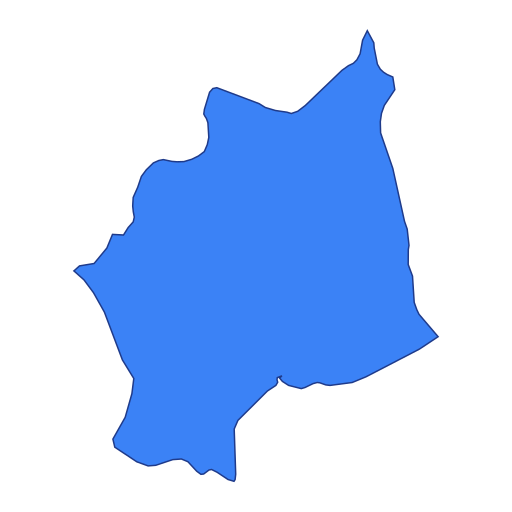 SVG path tracing the border of Coclé
{"feature_id": "PAN-1336", "entity_name": "Coclé", "entity_type": "Province", "adm_level": 1, "iso_a3": "PAN", "parent_name": "Panama", "parent_adm1": "", "projection": "orthographic", "projection_center": [-80.432, 8.569], "detail": "fine", "context": "isolated", "style": "filled", "palette": "blue", "viewbox_px": 512, "rotation_deg": 0, "n_neighbors": 0, "source": "natural_earth", "source_scale": "10m", "svg_char_len": 1537}
<svg xmlns="http://www.w3.org/2000/svg" viewBox="0 0 512 512"><path d="M438.1,336.7L419.4,349.1L398.4,360.0L366.0,376.8L352.2,382.5L330.0,385.4L325.8,384.9L319.8,382.8L317.2,382.5L313.1,383.6L305.0,387.5L301.3,388.6L288.6,385.4L282.4,381.4L279.6,378.1L281.9,375.8L277.3,377.6L277.0,379.7L277.7,382.2L275.9,385.4L267.4,391.0L237.9,420.4L234.2,429.0L235.7,474.2L235.1,479.6L234.0,481.3L228.0,479.5L217.2,472.3L211.6,469.5L209.0,470.0L203.7,474.0L200.9,474.3L196.7,471.2L187.9,461.7L181.4,459.0L172.8,459.6L155.7,465.3L148.1,465.9L136.8,461.8L114.8,447.2L112.9,439.1L125.2,417.3L131.9,393.7L133.8,378.5L122.4,359.9L104.4,312.1L93.5,292.7L84.0,279.9L73.9,270.9L79.5,265.9L94.1,263.5L106.9,248.0L112.5,234.4L123.5,235.0L128.2,227.5L133.2,221.9L134.3,217.1L133.3,211.8L132.7,206.0L133.2,197.4L137.7,187.3L141.4,176.4L146.3,169.8L153.4,162.9L158.8,160.5L163.3,159.6L171.9,161.4L177.1,161.8L183.9,161.6L191.7,159.3L198.4,156.0L204.3,151.6L207.3,144.6L208.8,137.4L207.9,122.7L206.4,118.5L204.8,116.0L203.8,114.0L204.4,109.4L209.6,92.2L212.9,88.5L216.8,87.7L259.2,103.7L265.3,107.5L275.4,110.5L287.0,112.2L291.3,113.5L297.7,111.3L305.3,105.5L342.0,70.3L348.4,65.7L353.4,63.3L356.9,59.8L360.1,53.8L362.6,40.2L367.3,30.7L373.8,42.8L374.2,48.0L377.4,64.2L380.3,69.2L383.5,72.2L387.1,74.5L392.8,77.0L394.8,89.7L384.3,105.4L381.5,113.3L380.3,121.7L380.6,132.9L392.8,168.4L404.5,221.3L407.2,229.1L409.0,245.4L408.3,249.5L408.2,264.5L412.5,276.1L414.2,302.4L416.8,309.7L419.0,314.3L438.1,336.7Z" fill="#3b82f6" stroke="#1e3a8a" stroke-width="1.5"/></svg>